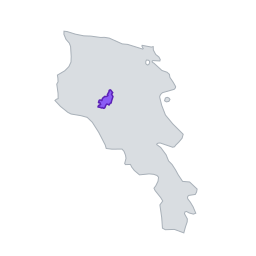 location of Nairi, Kotayk, Armenia, rotated 18°
{"feature_id": "60910142B16910002404560", "entity_name": "Nairi", "entity_type": "district", "adm_level": 2, "iso_a3": "ARM", "parent_name": "Armenia", "parent_adm1": "Kotayk", "projection": "robinson", "projection_center": [44.476, 40.372], "detail": "fine", "context": "in_parent", "style": "filled", "palette": "violet", "viewbox_px": 256, "rotation_deg": 18, "n_neighbors": 0, "source": "geoboundaries", "source_scale": "gbopen_adm2", "svg_char_len": 2640}
<svg xmlns="http://www.w3.org/2000/svg" viewBox="0 0 256 256"><g transform="rotate(18 128 128)"><path d="M113.6,154.2L111.6,151.2L101.5,141.2L92.3,133.6L85.9,130.5L79.5,130.8L69.5,132.3L65.9,131.7L57.2,128.4L50.0,124.4L51.0,122.8L52.5,121.6L50.7,116.5L46.7,108.3L47.2,105.7L45.9,102.2L44.5,99.5L50.2,93.1L52.8,87.9L53.4,82.9L51.9,77.6L48.2,68.2L45.9,65.4L41.7,62.9L38.1,58.7L37.2,55.7L40.3,55.1L49.0,55.0L57.5,54.0L64.2,52.1L73.8,50.4L77.8,49.0L82.4,48.3L96.5,49.8L101.8,48.6L117.6,48.4L118.0,47.8L115.9,45.8L115.9,45.0L125.3,43.8L126.8,42.8L128.0,46.0L131.6,49.5L135.4,50.9L137.5,52.9L137.6,54.4L130.8,56.2L130.3,57.0L130.8,57.9L132.8,58.4L142.4,62.8L147.9,62.9L150.8,64.2L152.2,66.9L156.8,70.5L160.5,73.9L160.7,75.1L160.0,76.9L149.9,83.7L148.6,86.1L148.4,88.6L153.0,96.0L159.6,104.1L169.2,110.2L182.4,116.9L182.6,121.0L180.6,125.9L178.8,129.3L178.0,131.5L176.4,132.5L163.3,132.3L161.3,133.1L160.4,134.1L160.4,134.9L165.1,136.4L172.5,141.7L176.8,146.8L181.2,149.1L186.2,153.2L190.2,157.0L196.4,161.9L203.3,160.3L212.6,164.7L213.0,167.7L212.5,170.4L206.7,173.3L206.0,174.5L206.0,175.5L206.7,176.9L210.2,179.3L214.2,182.8L218.8,188.1L216.8,189.7L212.5,189.9L209.3,189.3L208.1,190.3L208.2,192.1L212.5,196.1L213.3,199.0L213.2,204.1L213.5,210.5L203.5,210.1L194.9,213.2L191.7,212.6L189.5,207.1L187.7,202.7L182.1,191.3L183.6,186.7L180.5,184.0L173.2,179.2L171.3,177.2L172.3,174.4L173.0,169.4L172.3,165.4L170.3,164.2L166.7,164.1L162.3,165.1L153.4,169.0L147.2,166.5L143.6,164.0L141.6,161.9L136.9,163.6L135.8,162.8L135.5,157.5L134.1,154.7L131.4,151.4L128.8,149.9L119.3,153.1L113.6,154.2ZM128.1,61.3L128.4,59.4L127.9,57.8L126.4,57.2L124.5,57.7L124.4,59.5L125.0,61.3L126.9,62.1L128.1,61.3ZM158.6,90.1L156.4,91.3L154.3,90.8L154.3,87.9L155.8,86.7L157.5,86.8L159.1,87.8L158.6,90.1Z" fill="#d9dde1" stroke="#a8b0b8" stroke-width="1"/><path d="M99.7,97.2L99.2,97.3L98.7,97.7L98.5,98.0L98.5,98.4L98.7,98.8L98.6,99.8L98.3,101.5L98.1,102.5L98.6,102.9L98.8,103.1L98.8,103.5L98.3,104.1L97.4,104.9L96.2,105.1L96.0,105.6L95.5,106.1L95.3,106.3L94.7,107.6L94.6,108.3L94.5,109.0L94.7,109.7L94.6,110.0L94.1,110.0L93.8,109.9L93.2,109.9L92.5,110.1L92.1,110.5L92.0,110.9L92.1,111.6L92.0,112.4L92.1,112.9L92.3,113.0L92.7,113.0L93.2,112.7L93.6,112.7L94.3,113.6L94.7,114.1L94.5,114.4L93.5,115.1L93.5,115.5L93.1,115.9L92.9,116.3L92.9,116.7L93.0,117.2L93.7,117.2L94.5,117.1L95.3,117.0L96.2,117.1L96.7,117.1L97.1,116.9L97.5,116.5L98.4,116.8L98.7,116.8L99.1,116.4L99.5,116.3L99.8,115.1L99.8,113.4L100.4,111.8L101.8,111.7L102.8,112.0L103.5,109.9L104.2,109.4L104.0,106.9L104.0,102.8L101.9,100.9L102.5,99.1L99.7,97.2Z" fill="#8b5cf6" stroke="#5b21b6" stroke-width="1.5"/></g></svg>